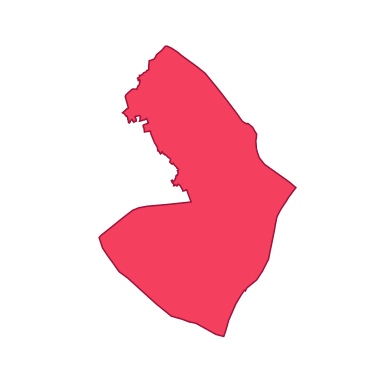 the district of Kano Municipal, Kano, Nigeria, rotated 345°
{"feature_id": "59680162B28367664307560", "entity_name": "Kano Municipal", "entity_type": "district", "adm_level": 2, "iso_a3": "NGA", "parent_name": "Nigeria", "parent_adm1": "Kano", "projection": "robinson", "projection_center": [8.516, 11.984], "detail": "fine", "context": "isolated", "style": "filled", "palette": "rose", "viewbox_px": 384, "rotation_deg": 345, "n_neighbors": 0, "source": "geoboundaries", "source_scale": "gbopen_adm2", "svg_char_len": 3913}
<svg xmlns="http://www.w3.org/2000/svg" viewBox="0 0 384 384"><g transform="rotate(345 192 192)"><path d="M269.4,152.7L268.4,149.6L267.4,145.4L264.1,140.6L262.9,140.0L262.4,140.4L260.9,139.0L260.7,138.6L259.0,136.9L257.5,133.1L257.3,132.7L256.7,130.6L254.1,124.0L251.0,116.5L246.9,106.5L242.4,96.1L240.1,91.1L235.4,80.7L231.2,75.0L229.3,72.4L226.9,69.4L220.0,60.9L216.3,56.2L214.8,53.8L209.8,48.1L205.6,44.6L203.8,44.3L199.6,47.3L193.4,50.1L190.2,53.7L186.1,54.2L184.7,54.0L182.7,59.4L181.7,63.0L180.5,62.9L179.8,62.9L178.8,64.0L175.7,64.5L175.0,65.4L172.8,66.1L171.4,65.7L171.3,66.9L170.9,67.3L169.7,67.6L169.3,67.9L168.8,68.0L168.9,68.5L169.0,68.8L169.0,69.3L169.0,70.5L170.0,70.0L170.6,70.0L170.7,70.4L170.3,71.6L169.4,73.5L169.0,74.3L168.2,75.2L167.2,75.6L166.7,76.4L166.3,76.9L165.9,77.4L165.4,78.4L164.3,78.1L161.9,77.3L161.0,77.2L160.0,77.6L159.0,78.1L158.7,78.3L155.9,79.6L154.8,80.3L153.5,81.0L152.7,81.8L152.3,82.9L152.2,82.9L152.3,90.6L152.3,92.9L152.3,94.4L150.9,94.7L145.4,97.5L146.4,98.4L147.0,99.2L147.2,99.6L147.4,100.1L147.5,100.6L147.8,101.1L148.0,101.8L148.8,102.0L149.1,104.2L149.1,104.5L148.9,104.6L148.8,105.5L149.0,106.7L148.8,107.5L148.7,108.6L149.3,109.1L150.0,108.3L150.4,108.4L150.6,108.1L150.9,107.6L151.0,107.4L151.6,106.9L152.8,106.5L153.1,107.4L153.2,107.6L153.3,108.5L153.7,109.3L153.9,109.6L154.6,109.4L155.1,109.1L156.3,109.1L156.4,108.9L156.6,108.9L156.7,108.0L156.8,107.9L156.7,107.7L156.9,106.8L156.7,106.1L156.5,105.4L156.4,104.4L159.9,104.5L160.7,104.4L161.0,104.6L161.1,105.0L161.5,105.7L161.8,106.2L161.3,106.5L160.9,107.4L160.7,107.9L160.7,108.0L160.3,109.2L159.7,110.0L161.2,110.0L161.9,110.1L163.1,109.8L164.4,110.1L165.2,109.9L165.5,109.8L165.9,109.7L167.2,109.3L167.3,110.8L167.6,112.4L167.9,113.8L167.0,113.9L167.0,114.3L165.8,114.3L165.2,114.5L164.3,114.5L163.5,114.5L162.2,114.8L162.0,115.0L162.0,115.4L161.9,115.9L161.8,116.6L161.9,117.2L162.1,117.5L162.0,118.9L161.9,119.1L161.9,119.5L161.9,120.0L161.8,120.5L161.6,121.1L161.6,121.8L162.1,121.7L162.9,121.8L167.6,122.5L167.4,123.5L167.5,125.9L167.6,127.1L168.6,134.7L169.3,136.9L169.8,138.8L170.1,140.3L169.9,141.1L169.6,143.2L170.2,143.1L170.6,144.5L171.4,147.1L172.2,146.8L172.4,146.6L172.5,146.4L172.7,146.2L173.6,145.4L173.9,146.4L174.2,147.8L175.1,147.9L175.3,148.4L175.5,149.2L176.2,149.3L176.5,149.7L177.2,151.1L177.8,152.1L178.8,153.3L179.4,154.0L179.6,154.6L179.6,155.1L179.4,155.9L178.5,156.7L178.3,157.6L178.8,158.4L179.3,158.9L180.0,160.0L181.2,159.3L182.2,161.9L183.3,163.5L183.7,165.2L184.2,165.4L184.8,167.0L183.3,167.7L183.7,170.2L182.1,172.1L181.7,171.7L180.6,172.4L180.3,173.4L179.7,174.6L179.3,174.7L178.5,176.1L177.8,176.4L176.4,177.1L176.0,175.4L175.0,175.6L175.3,177.7L176.5,180.0L175.8,181.2L176.4,181.4L176.6,181.4L176.9,181.4L177.5,181.3L177.7,181.1L177.9,181.1L178.3,181.2L178.5,181.5L179.0,182.3L179.5,181.7L180.2,181.2L180.4,181.0L180.8,180.9L181.0,181.1L181.2,181.8L181.6,182.2L181.9,182.2L182.1,182.5L183.4,187.2L183.4,188.7L184.7,188.8L185.4,188.8L187.4,188.4L187.6,190.7L188.6,201.4L170.7,198.6L162.7,197.3L153.2,195.6L145.2,194.2L136.7,193.5L130.0,194.3L117.3,199.6L101.6,206.6L93.6,210.0L90.5,211.9L90.6,214.1L91.1,223.0L94.1,231.8L97.5,240.6L97.8,241.5L101.0,250.2L107.8,258.7L110.5,262.9L116.8,272.7L128.6,291.0L140.0,306.7L149.5,312.3L156.0,317.0L156.1,316.9L158.9,318.3L161.9,319.9L178.2,335.7L184.8,339.5L185.3,339.7L188.4,335.2L194.2,325.4L205.3,311.5L209.1,307.8L212.8,304.2L217.2,300.5L217.9,301.4L220.2,298.8L223.5,297.4L231.8,293.6L238.4,287.7L239.3,287.0L242.3,283.6L248.3,277.0L248.5,276.8L252.2,269.2L253.2,267.3L258.7,256.3L261.5,250.7L262.7,248.0L262.8,247.8L267.1,238.9L268.3,237.2L270.9,234.3L273.7,231.4L278.9,226.8L280.8,225.2L283.8,222.2L289.7,217.6L293.5,214.7L288.3,207.2L269.2,184.1L267.6,180.4L265.8,176.2L265.4,170.1L265.4,167.1L266.5,161.3L266.5,161.2L266.9,159.0L268.3,156.1L269.4,152.7Z" fill="#f43f5e" stroke="#9f1239" stroke-width="1.5"/></g></svg>